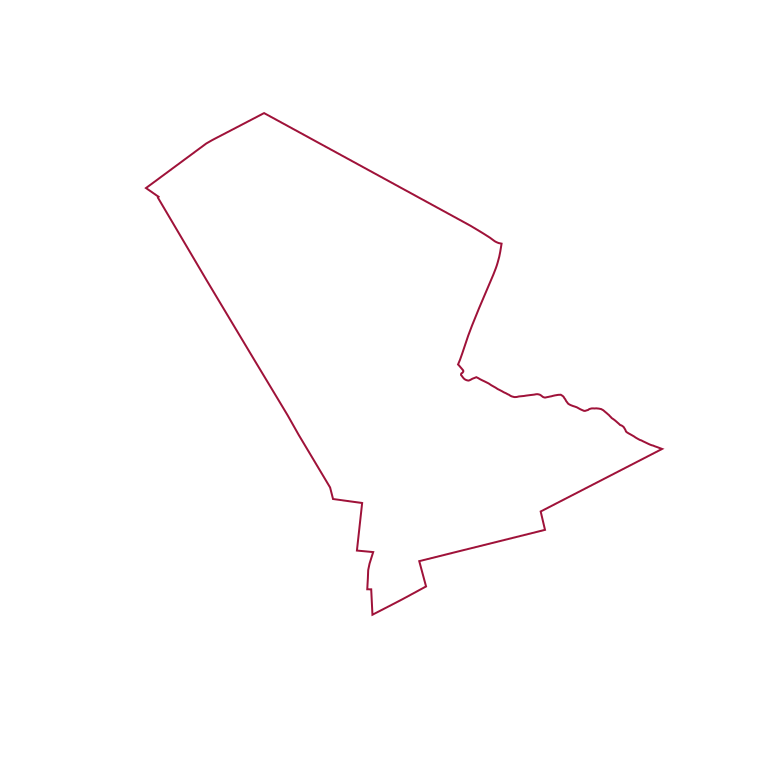 outline of Morón, Buenos Aires, Argentina, rotated 107°
{"feature_id": "61730980B30318397352263", "entity_name": "Morón", "entity_type": "district", "adm_level": 2, "iso_a3": "ARG", "parent_name": "Argentina", "parent_adm1": "Buenos Aires", "projection": "albers", "projection_center": [-58.618, -34.646], "detail": "fine", "context": "isolated", "style": "outline", "palette": "rose", "viewbox_px": 768, "rotation_deg": 107, "n_neighbors": 0, "source": "geoboundaries", "source_scale": "gbopen_adm2", "svg_char_len": 2457}
<svg xmlns="http://www.w3.org/2000/svg" viewBox="0 0 768 768"><g transform="rotate(107 384 384)"><path d="M608.0,327.6L598.2,317.5L584.7,303.7L565.3,284.6L543.1,298.5L476.4,187.4L460.1,196.9L364.8,99.1L364.7,100.7L364.6,102.7L364.5,103.8L364.4,106.8L364.2,108.6L364.3,110.0L364.2,111.6L364.0,113.3L363.4,117.2L363.2,118.6L363.0,119.9L362.7,121.3L362.7,122.9L362.1,125.8L361.6,127.9L361.0,129.7L360.8,130.6L360.3,132.8L360.1,133.7L359.8,135.2L359.4,136.8L359.1,137.8L358.6,138.8L357.7,139.4L357.0,140.1L355.1,142.2L354.5,143.7L354.2,144.8L354.2,146.1L353.3,147.9L352.5,149.7L351.9,151.0L351.1,152.9L350.6,154.3L350.0,156.3L349.3,157.4L348.7,158.6L348.0,159.7L347.5,160.9L346.8,162.4L345.8,164.8L345.0,166.6L344.8,167.6L344.5,168.9L344.7,171.2L345.2,173.8L345.9,175.7L346.2,177.0L346.7,178.4L347.9,180.3L349.2,181.3L349.9,182.4L350.9,183.8L351.2,184.8L351.0,186.9L350.7,189.1L350.4,190.5L349.9,192.8L349.8,195.1L349.8,196.8L349.6,199.5L349.3,201.0L349.0,202.1L347.9,203.6L346.9,205.0L345.7,206.1L344.7,207.5L343.9,208.3L343.2,209.6L342.6,211.8L343.0,213.0L343.4,214.1L343.9,215.2L344.4,216.1L344.8,217.0L346.0,219.1L346.8,220.3L347.5,221.7L348.1,222.7L349.0,224.4L349.9,226.0L350.0,227.0L349.9,228.3L349.5,229.3L349.0,230.6L348.7,231.7L348.7,232.8L348.8,233.9L349.3,235.5L350.3,237.4L351.7,240.6L352.2,241.7L352.6,242.6L353.6,244.8L354.6,246.8L355.7,249.5L356.5,251.4L357.1,252.4L357.7,253.5L358.4,255.5L358.5,258.2L358.3,259.7L357.8,261.2L357.6,262.8L357.2,264.6L356.9,267.0L356.4,269.1L355.8,272.4L355.6,273.8L354.9,276.1L353.8,281.1L352.9,284.0L352.4,286.9L352.0,289.4L351.8,290.9L351.6,292.0L351.4,293.2L351.2,294.2L350.9,295.2L350.7,296.4L350.5,297.7L351.8,299.3L353.1,301.0L354.5,302.3L355.6,303.5L356.1,304.4L356.2,306.1L356.1,307.1L355.9,308.1L355.4,309.3L354.4,310.8L353.7,311.7L352.9,312.9L352.0,313.2L351.1,313.0L350.4,312.3L349.0,311.8L347.9,312.2L344.2,317.9L343.7,318.9L338.6,318.4L331.7,318.1L313.1,317.6L302.3,316.9L284.2,315.3L247.3,311.4L240.5,310.9L237.7,310.8L234.9,310.8L228.6,311.0L223.6,311.5L215.4,312.6L215.7,315.6L215.5,317.7L215.2,319.4L214.8,320.7L213.1,325.5L211.0,333.1L207.4,347.5L170.8,525.3L160.0,577.9L199.4,618.0L201.1,619.7L206.0,624.3L266.2,668.9L270.9,654.3L271.9,654.7L336.9,583.7L398.5,515.5L429.4,481.1L442.2,466.9L457.6,450.7L498.7,405.3L508.9,399.1L504.2,370.1L551.2,361.2L547.9,345.2L560.0,345.3L566.6,344.7L574.6,342.6L585.2,340.0L584.1,336.2L608.0,327.6Z" fill="none" stroke="#9f1239" stroke-width="2"/></g></svg>